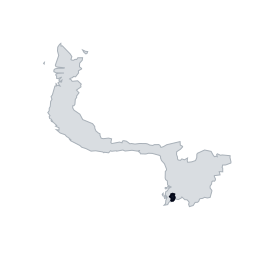 location of Dinh Lap, Lạng Sơn, Vietnam, rotated 134°
{"feature_id": "81297802B72919536287172", "entity_name": "Dinh Lap", "entity_type": "district", "adm_level": 2, "iso_a3": "VNM", "parent_name": "Vietnam", "parent_adm1": "Lạng Sơn", "projection": "mercator", "projection_center": [107.136, 21.534], "detail": "fine", "context": "in_parent", "style": "filled", "palette": "ink", "viewbox_px": 256, "rotation_deg": 134, "n_neighbors": 0, "source": "geoboundaries", "source_scale": "gbopen_adm2", "svg_char_len": 5256}
<svg xmlns="http://www.w3.org/2000/svg" viewBox="0 0 256 256"><g transform="rotate(134 128 128)"><path d="M158.5,48.4L156.2,48.5L153.8,50.5L150.6,51.7L149.9,55.1L147.2,56.7L146.0,56.0L143.3,56.7L140.5,56.0L141.5,59.9L138.7,63.0L139.0,65.0L138.2,66.5L133.3,71.0L131.8,71.0L130.8,71.7L128.4,76.9L128.1,81.3L127.0,83.7L125.9,84.8L125.7,86.1L129.4,92.9L131.9,95.7L134.3,97.1L137.9,101.1L137.4,102.2L137.7,104.4L135.9,103.8L136.1,104.0L138.2,105.3L141.2,109.6L146.6,114.1L147.4,116.4L152.6,120.1L152.5,120.6L156.1,123.6L156.5,124.8L159.3,124.7L161.8,128.1L162.6,128.2L162.8,129.6L166.9,135.5L170.3,138.5L172.0,143.9L174.0,148.0L174.0,150.4L177.0,160.4L176.8,161.7L176.2,160.4L176.3,164.2L176.8,166.2L176.6,168.7L178.7,173.3L179.0,178.4L177.5,176.2L175.8,177.7L177.0,181.4L175.7,181.0L175.8,185.9L176.4,187.6L176.2,188.2L175.6,187.0L175.0,189.3L175.6,190.9L174.6,192.6L173.3,192.7L172.6,196.4L170.3,196.7L168.6,198.3L166.5,198.9L162.6,202.1L160.2,202.6L158.9,205.1L156.7,205.4L148.6,209.7L147.6,208.7L146.1,208.3L145.0,206.0L144.2,209.7L143.6,209.9L142.3,209.2L141.1,207.7L139.4,208.8L141.3,209.0L141.8,210.0L141.5,211.1L137.4,211.1L141.1,212.6L141.9,213.7L140.2,215.5L140.1,216.7L139.3,217.3L137.2,216.2L132.9,212.2L138.1,217.9L139.0,220.4L137.7,221.6L136.2,221.6L133.8,219.9L129.9,215.9L128.6,215.3L133.2,221.1L133.9,222.4L133.3,223.9L124.0,228.2L121.5,232.3L118.6,234.7L115.5,235.3L113.8,235.1L115.6,233.0L114.5,232.3L114.9,220.9L115.7,217.9L118.3,216.7L118.4,216.1L117.4,214.4L115.3,213.7L114.3,212.5L112.4,212.9L109.0,209.5L111.0,208.0L115.0,207.8L117.7,205.4L117.4,202.8L117.7,202.4L121.4,203.4L122.7,201.8L127.6,201.3L128.9,203.1L130.1,202.8L132.4,204.0L133.3,204.1L132.8,202.3L133.2,200.6L129.0,197.0L128.9,192.1L130.0,191.9L131.1,190.4L136.5,191.4L136.7,187.7L140.7,187.2L141.6,186.2L144.0,185.8L147.9,182.6L149.5,182.4L150.4,183.2L152.0,181.7L152.7,179.2L151.5,172.2L153.4,166.4L149.5,156.5L150.0,153.0L151.2,151.8L152.4,149.0L152.2,145.8L151.6,144.2L152.7,143.1L154.0,140.2L152.8,138.3L148.8,135.0L147.2,132.3L150.4,130.2L150.4,128.8L144.0,124.3L142.8,122.0L141.3,122.9L140.1,122.3L138.6,120.0L138.0,115.6L136.9,114.9L134.7,111.8L131.1,108.9L126.7,104.2L125.8,102.7L125.2,100.6L123.4,98.1L121.7,97.5L118.6,94.4L118.3,93.0L119.1,90.8L116.9,89.6L113.1,88.5L101.6,81.1L104.0,78.5L103.3,76.1L103.6,75.6L106.7,75.5L111.3,76.5L113.5,74.5L114.5,72.3L116.0,70.6L116.1,69.6L114.9,67.8L112.8,67.8L111.7,65.3L108.2,64.3L110.5,62.6L111.2,61.2L108.0,58.6L104.5,56.8L101.5,58.0L99.1,60.2L98.0,60.5L90.6,57.6L87.1,52.0L88.5,47.4L88.5,45.8L87.0,45.0L86.6,43.9L85.5,45.8L84.5,45.8L83.3,42.4L82.0,41.6L77.0,35.3L78.5,34.0L80.9,30.3L81.8,29.7L86.8,32.1L88.9,34.2L91.1,32.8L91.1,32.0L93.7,29.4L96.0,32.1L97.8,29.2L102.3,32.8L103.0,32.1L103.9,29.6L105.1,28.9L106.1,28.8L107.3,30.2L108.3,30.4L110.4,28.9L112.7,28.6L114.2,27.2L114.6,24.4L115.2,23.8L120.9,20.7L123.2,22.3L124.7,24.8L126.7,25.4L128.8,27.1L130.5,26.8L131.0,26.3L133.0,26.3L134.9,28.0L138.5,27.3L141.9,29.2L140.8,31.4L139.1,32.3L138.7,33.4L138.7,35.8L140.1,37.3L140.2,41.3L141.1,41.0L144.5,42.1L145.8,44.1L147.4,45.2L148.7,45.3L149.8,46.8L151.0,46.3L151.5,47.0L153.9,46.8L155.5,46.2L158.5,48.4ZM104.0,209.8L104.2,212.2L103.4,214.9L102.4,211.9L101.0,210.1L102.9,209.3L104.0,209.8ZM153.3,52.7L151.3,54.6L150.5,54.6L151.6,51.9L153.3,52.7ZM145.4,59.7L144.8,59.8L143.7,58.6L144.3,57.9L145.5,58.4L145.8,58.9L145.4,59.7ZM152.2,57.1L151.4,57.4L150.5,57.4L152.6,55.4L152.2,57.1ZM142.1,57.0L142.9,59.0L141.7,58.0L142.1,57.0ZM147.6,209.0L146.1,210.6L146.0,209.8L147.6,209.0ZM140.1,233.7L138.9,233.7L140.2,232.8L140.1,233.7Z" fill="#d9dde1" stroke="#a8b0b8" stroke-width="1"/><path d="M148.4,50.5L148.5,50.4L148.5,50.2L148.5,49.9L148.5,49.7L148.4,49.6L148.3,49.4L148.3,49.2L148.2,49.1L148.3,49.0L148.3,48.9L148.4,48.7L148.2,48.6L148.2,48.4L148.2,48.2L147.9,48.0L147.8,47.9L147.9,47.7L148.0,47.7L148.4,47.7L148.5,47.5L148.8,47.5L148.9,47.4L149.0,47.2L149.3,47.1L149.5,47.1L149.8,47.1L150.0,47.0L149.9,46.9L149.9,46.7L150.0,46.5L150.0,46.4L149.9,46.3L150.0,46.2L149.9,46.2L149.9,45.9L149.7,45.8L149.8,45.8L149.8,45.7L149.7,45.7L149.5,45.4L149.4,45.4L149.4,45.1L149.2,45.0L149.2,44.9L148.9,44.9L148.9,45.0L148.7,45.0L148.4,45.2L148.4,45.3L148.2,45.4L148.0,45.2L147.9,45.2L147.7,45.0L147.6,44.9L147.5,45.0L147.4,45.0L147.1,45.3L147.1,45.5L146.9,45.5L146.6,45.5L146.4,45.6L146.4,45.8L146.2,46.0L146.0,45.9L145.9,45.7L145.8,45.8L145.7,46.0L145.8,46.1L145.7,46.1L145.7,46.3L145.6,46.5L145.4,46.6L145.3,46.4L145.2,46.4L145.1,46.2L145.0,46.3L145.0,46.5L145.1,46.8L145.2,47.1L145.1,47.3L144.9,47.5L144.8,47.8L144.7,47.8L144.5,48.0L144.3,48.2L144.2,48.1L143.9,48.2L143.7,48.2L143.6,48.3L143.6,48.5L143.4,48.6L143.4,48.8L143.5,48.9L143.5,49.1L143.4,49.1L143.5,49.3L143.7,49.5L143.8,49.5L143.8,49.4L143.9,49.5L144.0,49.6L144.3,49.6L144.5,49.4L144.8,49.4L144.8,49.5L145.0,49.6L144.9,49.7L144.8,49.8L144.7,50.0L144.8,50.1L144.7,50.2L144.8,50.2L144.8,50.3L144.8,50.5L144.7,50.5L144.8,50.6L145.0,50.7L145.1,50.8L145.2,51.0L145.3,51.0L145.5,51.1L145.6,50.9L145.8,50.7L145.9,50.8L146.0,50.8L146.0,50.7L146.3,50.4L146.5,50.3L146.8,50.4L146.9,50.5L147.0,50.5L147.1,50.4L147.1,50.5L147.3,50.5L147.4,50.4L147.5,50.4L147.8,50.3L147.8,50.2L148.0,50.2L148.1,50.3L148.3,50.5L148.4,50.5Z" fill="#0f172a" stroke="#020617" stroke-width="1.5"/></g></svg>